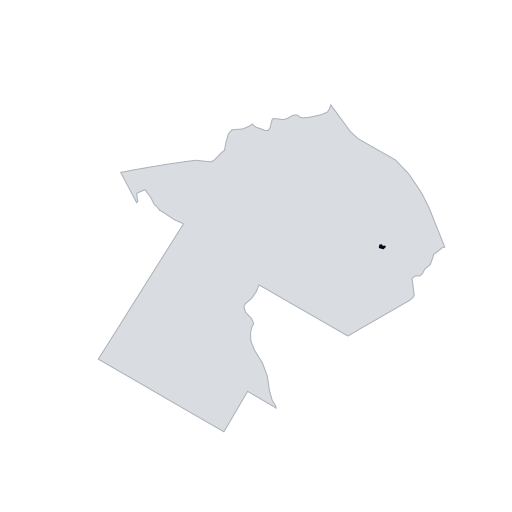 location of San Francisco La Unión, Quezaltenango, Guatemala, rotated 210°
{"feature_id": "79465075B13739271835933", "entity_name": "San Francisco La Unión", "entity_type": "district", "adm_level": 2, "iso_a3": "GTM", "parent_name": "Guatemala", "parent_adm1": "Quezaltenango", "projection": "mercator", "projection_center": [-91.556, 14.925], "detail": "fine", "context": "in_parent", "style": "filled", "palette": "ink", "viewbox_px": 512, "rotation_deg": 210, "n_neighbors": 0, "source": "geoboundaries", "source_scale": "gbopen_adm2", "svg_char_len": 2130}
<svg xmlns="http://www.w3.org/2000/svg" viewBox="0 0 512 512"><g transform="rotate(210 256 256)"><path d="M97.0,358.1L99.0,356.0L100.8,351.2L102.9,346.2L101.6,340.4L100.8,335.7L103.3,328.9L103.0,323.8L104.2,320.6L107.8,318.6L109.7,314.7L99.4,301.2L99.4,298.2L100.8,294.4L109.1,280.0L119.0,262.9L130.0,244.0L136.5,232.6L160.6,232.6L176.5,232.6L196.6,232.5L218.6,232.5L233.0,232.5L238.9,232.4L237.9,225.0L238.7,216.8L241.3,209.4L241.3,206.1L237.0,202.1L228.7,199.7L224.1,196.2L224.0,191.7L222.0,186.2L218.0,179.8L209.6,173.3L196.9,166.6L186.1,157.6L177.2,146.3L169.7,139.0L163.9,136.0L162.5,134.4L179.5,134.5L195.6,134.6L195.7,118.4L195.8,104.0L195.9,87.7L225.0,87.7L259.8,87.7L295.9,87.8L324.3,87.8L341.0,87.8L340.2,108.0L339.3,131.4L338.7,148.6L337.8,171.5L336.9,194.8L335.7,226.6L334.9,247.1L335.3,247.6L344.8,246.6L358.8,247.5L362.2,247.4L366.5,249.2L369.8,249.7L376.9,254.4L385.3,257.9L390.6,250.8L387.8,246.6L385.7,244.4L386.0,242.5L415.0,260.8L411.6,263.6L404.2,270.1L390.8,281.2L378.8,291.1L367.3,300.1L356.9,308.2L355.6,309.0L342.5,314.8L340.3,317.5L337.4,328.9L336.1,331.8L338.5,338.1L340.9,347.9L340.1,353.1L331.0,359.4L326.8,365.0L325.0,368.7L323.4,367.8L320.5,367.5L314.0,368.9L310.9,369.2L308.2,370.8L308.0,374.4L309.7,380.1L310.3,383.0L308.5,384.4L300.5,387.8L297.3,391.2L294.3,396.5L290.8,398.7L287.1,398.3L284.5,399.0L278.9,403.0L270.6,410.6L266.1,416.3L266.0,420.5L266.8,424.3L236.4,410.9L226.2,408.6L183.4,408.9L165.1,403.6L144.1,393.4L130.0,384.1L97.0,358.1Z" fill="#d9dde1" stroke="#a8b0b8" stroke-width="1"/><path d="M149.3,327.2L149.4,327.3L149.5,327.4L149.5,327.5L149.4,327.8L149.1,328.0L148.9,328.3L149.0,328.6L149.3,328.6L149.6,328.6L149.8,328.5L149.8,328.3L149.9,328.1L150.2,327.8L150.3,327.7L150.6,327.7L151.3,327.5L151.7,327.6L151.9,327.6L152.3,327.9L152.8,328.2L153.0,328.1L153.5,327.7L153.9,327.4L154.0,327.2L153.8,326.8L153.5,326.0L153.4,325.8L153.4,325.6L153.2,325.2L152.4,325.4L151.6,325.7L151.2,325.7L151.0,325.8L150.9,325.8L150.9,326.0L151.0,326.0L151.2,326.3L150.3,326.2L149.8,326.2L149.5,326.2L149.4,326.5L149.4,326.9L149.3,327.2Z" fill="#0f172a" stroke="#020617" stroke-width="1.5"/></g></svg>